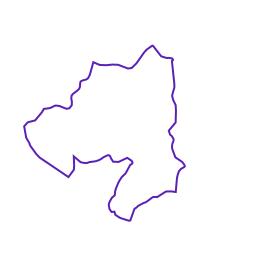 La Paz, Mercator projection, rotated 132°
{"feature_id": "HND-649", "entity_name": "La Paz", "entity_type": "Department", "adm_level": 1, "iso_a3": "HND", "parent_name": "Honduras", "parent_adm1": "", "projection": "mercator", "projection_center": [-87.867, 14.132], "detail": "fine", "context": "isolated", "style": "outline", "palette": "violet", "viewbox_px": 256, "rotation_deg": 132, "n_neighbors": 0, "source": "natural_earth", "source_scale": "10m", "svg_char_len": 1733}
<svg xmlns="http://www.w3.org/2000/svg" viewBox="0 0 256 256"><g transform="rotate(132 128 128)"><path d="M60.9,166.6L56.8,166.5L50.6,165.1L50.2,164.4L52.5,151.3L50.2,146.3L48.6,144.6L46.9,142.0L46.9,140.7L47.6,140.0L48.5,140.3L50.1,138.8L64.0,123.3L66.8,120.7L74.1,117.1L74.8,116.4L76.9,113.3L79.1,107.9L83.3,103.7L92.0,96.3L102.7,95.9L104.8,92.3L104.7,90.2L105.6,86.9L107.1,85.6L110.2,84.4L112.6,82.7L114.0,81.0L118.1,73.2L117.0,65.1L117.6,61.6L118.4,60.2L119.6,60.1L121.4,60.8L123.4,61.3L126.1,61.2L129.2,59.9L132.3,58.2L143.6,49.7L146.3,53.6L149.8,57.3L159.9,60.1L160.1,60.6L162.4,63.1L163.2,63.4L171.0,65.0L173.7,66.4L178.9,68.3L181.6,68.5L183.7,69.1L195.2,64.4L196.3,65.3L199.4,72.1L200.2,74.2L201.0,79.2L199.3,82.1L201.4,84.1L200.6,87.5L198.2,90.7L197.0,91.5L194.7,92.4L190.7,93.3L186.9,92.8L183.5,95.3L181.2,96.4L175.7,98.4L172.5,99.2L168.5,99.8L163.4,99.4L153.8,101.7L152.3,101.1L151.9,101.1L151.2,101.2L150.6,101.6L149.9,103.4L150.7,108.6L159.5,112.3L163.0,116.5L161.8,120.7L161.2,121.7L160.8,123.1L161.1,124.1L162.1,125.0L166.3,126.7L168.9,127.2L171.8,128.3L174.6,130.0L179.1,133.8L181.8,135.3L183.6,137.7L185.1,140.4L185.4,149.3L192.0,142.8L195.3,140.3L204.3,139.4L209.1,173.9L208.7,178.9L206.7,188.2L206.0,190.0L205.3,191.0L203.3,197.2L196.2,206.3L190.8,206.3L184.5,202.1L174.0,202.5L170.1,203.3L166.0,199.8L164.5,198.9L160.9,197.5L159.6,196.7L157.5,193.6L155.0,186.7L152.6,184.8L148.8,185.0L146.2,187.1L144.1,189.8L141.7,191.6L139.2,191.7L134.2,190.7L131.6,190.5L129.7,191.2L126.4,193.7L125.2,194.3L123.5,193.8L119.7,191.4L118.3,191.1L117.7,191.0L113.9,192.0L102.3,197.8L100.1,191.3L96.0,186.3L91.3,182.0L87.6,177.6L83.8,167.8L80.9,165.4L74.2,165.0L60.9,166.6Z" fill="none" stroke="#5b21b6" stroke-width="2"/></g></svg>